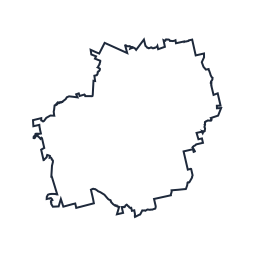 outline of Ahumada, Chihuahua, Mexico, rotated 77°
{"feature_id": "50627088B53671513789035", "entity_name": "Ahumada", "entity_type": "district", "adm_level": 2, "iso_a3": "MEX", "parent_name": "Mexico", "parent_adm1": "Chihuahua", "projection": "mercator", "projection_center": [-106.345, 30.427], "detail": "fine", "context": "isolated", "style": "outline", "palette": "slate", "viewbox_px": 256, "rotation_deg": 77, "n_neighbors": 0, "source": "geoboundaries", "source_scale": "gbopen_adm2", "svg_char_len": 5503}
<svg xmlns="http://www.w3.org/2000/svg" viewBox="0 0 256 256"><g transform="rotate(77 128 128)"><path d="M80.5,41.3L76.2,38.0L72.5,37.2L72.5,45.7L56.3,45.6L56.3,49.0L56.6,49.1L56.8,49.5L56.8,49.8L56.8,50.4L56.7,50.7L56.8,52.2L56.5,53.1L56.7,53.7L56.3,53.7L56.2,62.2L53.2,62.0L53.3,62.4L53.4,63.5L53.4,64.8L53.0,65.8L52.8,66.8L52.6,67.1L52.6,67.5L51.4,67.9L51.1,68.3L50.7,69.2L50.7,70.0L50.4,70.4L50.3,71.2L50.3,71.3L50.7,71.6L51.0,71.8L51.2,72.1L51.6,72.2L51.7,72.5L51.9,72.5L51.5,72.6L51.1,72.9L50.5,73.6L57.2,73.8L58.0,80.9L54.6,80.9L55.5,81.7L55.5,82.1L55.9,83.3L55.8,83.6L56.0,84.3L56.0,84.5L55.8,84.6L56.0,85.7L55.6,86.4L54.9,86.8L54.7,87.1L54.6,87.4L54.8,87.9L55.0,89.8L54.6,90.1L54.2,91.1L52.8,91.8L51.9,92.5L45.4,92.6L53.7,102.5L52.0,103.3L51.5,103.9L50.9,104.5L51.0,107.0L51.2,108.0L50.3,107.5L49.8,107.0L49.7,106.8L49.6,107.1L48.8,107.7L48.5,108.3L48.5,108.9L48.2,110.4L47.8,110.7L47.7,110.9L46.9,111.5L46.8,111.9L46.9,112.2L54.8,111.9L39.8,131.6L49.0,139.3L46.7,142.5L43.4,146.8L48.1,147.2L51.0,143.0L53.0,144.6L55.1,141.6L56.2,139.9L56.5,139.9L57.4,140.3L58.2,140.7L58.7,141.2L59.4,141.3L61.0,142.9L61.5,143.1L62.1,143.9L62.3,143.6L63.7,142.3L63.8,142.4L64.2,142.2L64.9,142.3L65.8,143.1L66.1,143.6L66.1,144.0L66.2,144.3L66.6,144.5L66.8,145.0L68.4,145.4L68.6,145.6L68.8,146.0L69.0,146.3L69.3,146.4L69.5,146.5L69.5,149.0L74.8,149.5L74.2,151.0L87.8,154.9L88.8,155.4L88.9,155.9L87.3,162.5L86.4,162.5L85.6,162.9L85.9,167.9L83.2,168.2L83.5,170.9L86.8,170.3L85.4,174.0L83.9,178.3L84.3,180.7L85.9,182.3L87.5,185.8L87.7,186.0L87.9,186.1L87.6,187.1L88.0,187.3L87.6,188.3L88.0,188.5L87.6,189.6L88.1,189.7L87.9,190.2L87.5,190.1L87.3,190.6L88.1,190.9L87.9,191.4L88.8,191.7L88.6,192.3L89.0,192.4L89.0,192.5L89.1,193.3L89.5,193.3L89.6,194.5L93.6,195.9L95.3,196.7L99.0,197.1L99.4,197.1L98.4,200.8L99.7,205.3L102.2,208.2L102.5,209.3L102.0,209.7L101.6,210.2L101.1,210.6L101.0,210.8L98.9,210.3L99.0,218.8L105.0,219.8L105.0,213.7L107.3,214.0L109.0,214.0L109.3,214.1L113.8,214.1L113.7,216.0L113.3,216.9L114.4,217.5L112.9,218.6L112.9,219.2L113.8,219.1L114.0,219.4L114.1,220.2L114.3,220.3L114.3,220.5L114.5,220.7L114.6,221.0L115.2,221.4L115.4,221.9L115.9,222.1L116.0,222.1L116.6,222.2L116.8,221.7L116.5,221.4L116.6,220.9L115.8,220.2L114.6,218.5L117.5,216.4L118.9,215.7L118.0,214.6L118.6,214.1L128.6,214.1L129.2,216.3L129.6,217.5L140.3,217.5L140.3,217.1L139.4,216.1L139.2,215.5L138.1,213.8L136.7,213.2L136.1,212.8L137.6,210.4L139.3,211.0L139.2,210.1L139.5,209.8L140.0,209.5L140.4,209.4L140.8,209.2L141.6,209.4L142.7,208.5L144.2,208.8L147.4,210.4L147.5,210.5L158.0,213.6L158.0,213.2L176.8,211.9L176.5,212.8L176.0,213.5L175.1,216.9L174.8,219.3L175.0,221.0L176.8,222.6L178.9,223.2L178.9,219.9L179.1,219.9L179.0,218.9L179.5,218.7L180.2,218.1L181.2,217.9L181.2,218.2L181.5,218.5L181.5,218.8L181.9,219.5L182.9,219.8L183.4,219.6L183.7,219.7L183.8,219.6L184.7,219.9L187.8,218.9L188.8,213.2L182.1,209.4L190.1,208.7L189.7,199.2L189.7,196.4L194.2,196.4L193.7,178.2L189.4,178.0L179.8,178.0L179.4,176.2L179.4,175.5L180.0,174.6L180.0,174.2L180.2,173.7L181.5,172.5L182.1,171.9L182.8,171.5L184.3,169.4L187.7,166.0L192.5,163.5L193.5,162.7L194.4,161.3L194.7,161.2L195.8,161.3L195.9,161.2L196.0,161.0L196.7,161.0L197.9,160.2L198.3,160.0L198.7,159.8L200.9,157.9L200.6,157.4L200.8,157.3L200.9,157.2L201.1,156.6L201.4,156.5L201.3,156.3L201.6,156.2L202.1,155.9L202.3,155.8L202.4,155.6L202.3,155.2L202.9,154.4L209.6,158.2L209.6,151.9L203.6,151.9L203.8,151.0L203.8,150.7L204.0,150.7L203.9,150.4L204.1,150.1L204.1,149.9L204.3,149.3L204.3,149.1L202.9,147.8L202.4,146.5L202.8,146.2L204.0,145.6L204.6,144.9L205.1,144.8L205.6,144.6L205.7,144.3L205.9,144.2L206.2,144.0L206.5,143.8L206.5,142.8L209.6,142.8L209.6,140.4L213.6,140.6L215.5,141.2L216.2,141.2L215.0,136.2L215.0,135.6L211.5,132.6L211.9,131.7L211.9,130.8L212.2,130.4L212.2,130.1L212.5,129.6L212.4,129.5L212.2,128.7L211.8,127.4L212.1,126.5L212.6,125.2L212.7,124.8L212.6,124.0L213.0,122.9L212.8,121.4L212.7,119.6L211.5,118.9L210.5,118.6L203.0,118.6L203.2,101.4L202.8,101.4L199.9,99.8L198.5,99.6L199.5,92.8L200.3,86.5L200.5,85.4L200.4,85.3L200.0,85.0L197.1,83.2L194.7,82.3L194.5,82.1L194.4,81.7L194.5,81.2L194.8,80.9L194.6,80.4L194.3,80.1L191.1,77.1L190.6,76.7L189.8,76.5L189.0,75.9L188.6,75.7L182.4,75.7L182.4,75.8L181.9,76.1L182.0,79.1L163.3,79.1L163.3,69.5L166.0,69.4L165.9,68.7L165.9,68.4L165.8,68.1L165.2,68.2L161.5,69.4L161.4,69.5L161.0,69.1L160.3,67.7L160.1,66.7L159.9,66.1L159.6,65.8L159.3,65.3L159.3,64.5L159.3,58.3L154.8,58.3L154.8,61.9L148.2,62.3L148.2,56.6L148.3,56.6L148.6,56.6L149.2,56.6L149.9,56.4L149.5,56.1L149.3,56.1L148.9,55.8L148.4,55.7L148.2,55.8L148.4,55.5L148.9,55.3L149.2,55.4L148.8,55.1L148.6,55.1L148.2,55.0L148.3,54.8L148.3,54.0L146.1,53.1L145.4,53.0L144.7,53.3L144.1,53.2L143.5,53.0L143.2,52.7L142.8,52.5L142.2,52.4L142.0,52.5L141.8,52.1L140.2,51.9L139.7,51.7L139.8,51.5L139.0,50.5L139.0,49.9L138.8,49.4L138.7,48.8L138.6,48.5L138.7,48.4L138.9,47.8L138.9,47.5L139.3,46.5L139.5,45.4L139.3,45.1L138.3,45.2L138.0,45.0L137.8,44.9L137.8,44.7L136.9,45.0L136.2,37.4L135.6,37.0L129.5,32.8L128.8,36.9L126.3,36.4L127.0,32.8L114.4,32.8L115.0,37.2L105.5,37.3L105.5,37.2L105.4,37.2L105.1,37.1L104.7,37.2L104.3,37.1L104.1,37.1L103.9,36.9L103.6,36.8L103.0,37.2L102.8,37.3L102.3,37.0L102.2,36.7L102.0,36.8L101.5,36.7L101.2,36.4L100.7,35.9L100.7,35.7L100.0,35.1L99.4,34.8L99.2,34.6L98.3,34.6L98.0,34.4L97.6,34.8L96.7,35.2L95.0,35.6L93.2,35.7L91.5,35.9L90.6,36.0L89.8,36.3L89.3,36.2L88.7,36.2L88.6,39.0L85.3,40.7L80.5,41.3Z" fill="none" stroke="#1e293b" stroke-width="2"/></g></svg>